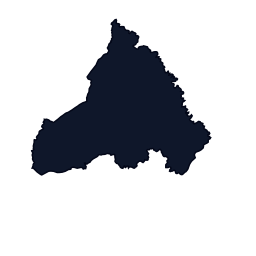 outline of Perdizes, Minas Gerais, Brazil, rotated 32°
{"feature_id": "56859067B83909655673095", "entity_name": "Perdizes", "entity_type": "district", "adm_level": 2, "iso_a3": "BRA", "parent_name": "Brazil", "parent_adm1": "Minas Gerais", "projection": "robinson", "projection_center": [-47.183, -19.429], "detail": "fine", "context": "isolated", "style": "filled", "palette": "ink", "viewbox_px": 256, "rotation_deg": 32, "n_neighbors": 0, "source": "geoboundaries", "source_scale": "gbopen_adm2", "svg_char_len": 5739}
<svg xmlns="http://www.w3.org/2000/svg" viewBox="0 0 256 256"><g transform="rotate(32 128 128)"><path d="M187.0,142.5L187.7,141.6L188.4,141.1L189.4,139.4L190.5,139.2L192.4,140.9L193.1,140.9L193.9,140.4L194.7,138.9L196.7,139.4L197.8,139.3L198.7,138.7L199.1,137.6L199.6,135.4L200.2,134.4L200.5,132.2L200.5,131.0L199.5,126.6L199.4,125.5L199.4,124.2L199.5,122.3L200.8,117.6L198.8,116.0L198.2,114.9L198.2,113.1L198.6,112.1L200.5,109.7L201.5,107.8L202.3,105.1L201.8,103.7L201.1,102.6L201.3,101.6L203.1,98.6L203.5,97.5L202.4,95.7L202.7,94.5L203.3,93.6L203.2,92.4L202.5,92.6L201.7,91.9L200.9,92.3L200.0,92.3L199.3,91.5L200.2,90.4L200.2,89.3L199.0,88.6L197.5,89.2L196.8,88.6L196.0,88.2L194.6,88.2L193.0,88.4L192.4,87.8L191.9,86.0L190.1,86.3L189.5,85.5L189.1,84.5L186.8,85.0L186.0,84.5L185.2,84.7L184.3,85.1L183.5,87.2L181.9,89.4L180.9,89.4L180.6,88.1L179.8,87.9L179.1,88.9L178.1,88.6L177.1,88.7L176.2,88.5L175.5,88.1L176.0,86.4L176.1,85.0L176.0,83.7L174.8,83.2L174.6,84.7L174.1,85.3L172.3,86.1L171.5,85.9L170.9,85.2L171.4,83.2L171.1,82.5L170.2,83.4L169.7,84.2L169.0,84.7L168.6,83.9L168.6,81.9L168.7,80.8L167.8,80.6L166.9,81.0L166.1,80.6L165.6,79.6L165.1,79.0L164.4,79.9L162.3,81.5L161.6,79.5L161.0,78.6L160.7,77.3L160.9,76.4L161.4,75.6L161.6,74.6L160.3,75.0L159.4,74.6L159.2,73.4L158.5,73.5L158.0,74.5L156.9,74.4L156.5,73.1L155.7,72.2L155.6,70.9L156.3,70.3L156.8,69.6L156.5,68.7L155.8,68.1L154.8,68.2L153.3,69.0L153.2,68.1L152.8,67.4L151.9,66.9L149.0,66.7L148.6,66.0L148.0,65.6L147.2,65.9L147.3,67.7L146.9,68.8L146.0,69.4L144.7,68.8L144.0,66.7L143.2,66.2L141.7,66.8L140.8,66.5L140.5,65.8L140.7,65.0L142.8,63.8L143.5,63.1L143.3,61.8L144.2,61.0L144.0,60.2L143.0,60.0L140.4,61.4L140.2,60.1L139.2,59.8L138.0,61.5L137.9,59.0L136.9,58.9L136.1,59.4L135.5,60.6L134.6,61.5L134.2,60.6L134.3,59.6L133.6,60.0L132.9,59.9L132.6,59.0L131.9,58.6L131.7,59.7L131.4,60.7L130.4,61.2L128.6,60.0L127.9,59.2L126.5,58.5L127.0,57.3L126.3,56.6L124.5,56.7L123.8,56.3L123.6,55.3L123.0,54.5L121.0,54.4L120.2,54.5L119.6,52.9L119.0,52.1L117.5,52.9L116.9,52.4L116.7,51.2L115.8,51.6L115.1,52.4L114.4,53.0L114.0,51.7L114.3,50.2L113.9,49.3L112.8,48.3L112.1,48.2L111.3,48.5L109.6,49.7L109.0,50.8L108.0,51.1L107.2,51.8L106.3,51.3L105.9,50.2L103.0,50.0L101.5,48.9L97.6,50.1L97.0,51.2L96.1,51.7L94.6,53.2L94.3,54.2L94.7,55.5L93.9,56.3L93.2,56.4L92.2,56.4L89.0,56.0L88.8,55.0L89.6,54.2L90.2,53.1L90.0,51.8L90.2,50.9L90.6,50.0L90.2,48.9L89.5,48.2L89.0,45.6L88.6,44.9L87.7,44.6L87.0,44.7L86.5,45.3L85.7,45.5L85.1,44.9L84.6,43.8L83.6,43.6L81.9,44.0L81.0,43.8L80.2,43.9L79.6,44.7L79.8,46.2L79.3,47.0L78.4,47.1L78.0,45.7L77.2,45.1L76.3,45.3L74.7,46.1L73.8,46.1L72.7,45.7L70.8,44.3L68.8,45.4L67.3,46.7L66.6,46.5L66.0,44.6L65.1,44.4L62.7,45.4L61.9,44.5L61.2,42.8L60.4,42.3L59.6,43.3L59.0,46.7L58.5,47.6L58.8,48.8L59.8,48.8L61.1,49.6L61.6,51.9L62.2,52.9L62.3,53.9L63.3,54.4L63.7,55.7L64.6,56.5L65.3,57.4L65.6,58.3L66.5,58.7L67.0,59.7L66.8,61.0L67.7,62.4L67.3,63.5L68.1,63.9L67.4,66.8L68.0,68.8L68.1,71.0L71.0,72.6L71.0,76.1L69.6,77.3L68.6,79.0L68.3,82.4L67.8,83.7L66.8,85.7L67.1,88.5L67.6,91.5L66.7,99.8L66.3,106.4L68.2,107.5L69.2,107.4L70.0,107.0L71.2,107.0L72.1,107.4L72.5,109.4L73.3,110.0L73.8,110.6L74.1,111.4L74.3,115.2L75.7,117.8L76.0,119.1L75.9,120.0L76.1,121.0L76.7,122.9L76.9,124.2L78.9,127.1L78.3,128.2L76.4,130.5L74.5,134.0L73.8,136.0L72.5,138.7L71.0,142.3L69.0,146.4L67.7,148.0L67.2,148.9L66.3,151.3L65.1,154.0L64.1,157.3L62.2,162.4L61.5,162.9L59.9,163.0L58.7,163.5L56.5,163.2L54.7,163.6L53.8,164.0L53.3,165.0L52.5,165.0L53.1,166.1L53.0,167.1L53.1,168.0L53.9,168.0L54.4,168.8L54.3,169.8L53.9,170.9L54.0,172.3L54.9,172.9L56.1,172.9L56.7,173.5L54.7,177.4L54.7,178.2L55.7,180.5L55.2,183.3L55.3,184.3L56.2,184.9L56.7,185.8L56.2,187.0L54.8,187.6L55.2,188.6L56.0,189.7L57.3,193.5L58.1,194.4L58.6,195.6L59.6,196.2L59.2,197.3L58.4,198.3L59.1,198.9L60.1,199.2L60.8,199.7L60.7,200.6L61.1,201.7L63.0,203.5L63.2,204.3L63.6,205.0L65.3,206.2L66.2,206.4L67.1,206.9L66.8,208.1L67.0,209.4L67.5,210.2L68.0,212.8L68.9,212.2L74.2,213.4L78.4,213.7L79.7,213.5L83.4,207.0L84.2,206.2L85.5,205.3L87.9,204.1L91.4,203.3L92.1,202.9L93.6,201.9L95.7,200.2L97.7,197.9L99.6,194.6L100.5,194.0L101.3,193.2L100.9,191.7L101.5,190.9L103.1,189.9L106.2,189.0L108.9,186.4L110.0,185.9L110.8,186.0L111.8,186.5L112.5,185.5L113.6,184.9L113.0,183.0L110.3,181.5L109.7,180.8L110.3,180.4L111.7,180.7L112.4,180.1L112.7,179.0L113.9,177.0L113.9,175.1L114.9,172.3L116.7,169.1L117.2,167.9L117.2,166.4L117.9,165.8L119.6,165.0L120.2,164.1L122.4,162.5L123.9,160.5L125.1,160.1L125.8,159.4L128.0,160.1L128.6,159.2L130.3,157.7L131.1,157.8L132.9,160.3L133.8,160.9L134.6,163.1L135.6,163.7L137.1,164.0L138.0,163.7L139.2,163.7L139.9,164.2L141.5,164.7L142.3,165.3L143.7,165.4L145.0,164.9L144.7,162.7L145.3,162.0L146.2,162.9L146.9,162.8L147.1,161.3L147.8,160.5L148.8,160.2L149.0,161.2L149.6,161.7L149.7,160.5L150.4,159.8L152.4,159.0L153.6,159.1L154.5,158.8L154.9,158.2L154.9,157.3L155.6,156.3L155.6,155.2L154.8,154.5L154.0,153.4L154.5,152.6L154.8,150.7L155.4,150.0L156.6,149.2L157.7,149.4L159.0,149.3L159.3,148.2L159.4,147.1L159.1,146.0L160.2,145.8L161.7,144.8L161.7,144.0L161.1,143.1L161.0,141.9L159.3,140.9L159.1,139.9L159.1,138.9L156.8,137.9L155.8,137.2L156.0,136.0L156.7,135.6L157.4,135.4L157.6,134.3L158.1,133.5L158.8,133.4L159.2,132.7L160.1,132.2L161.0,132.5L161.5,133.0L162.2,132.7L163.5,132.9L164.7,132.8L165.4,131.8L165.6,130.7L166.0,129.7L166.6,129.1L168.2,129.5L169.6,131.2L170.7,131.3L171.3,132.1L172.4,132.8L173.4,133.1L174.2,132.8L175.5,131.8L177.8,132.4L178.6,132.9L178.7,133.9L178.4,135.0L179.0,135.8L179.9,136.3L179.8,137.6L179.5,138.9L180.1,140.1L181.0,141.5L182.4,140.7L183.1,140.1L183.4,139.4L184.0,138.9L185.1,138.8L186.0,139.7L185.6,140.9L186.1,142.6L187.0,142.5Z" fill="#0f172a" stroke="#020617" stroke-width="1.5"/></g></svg>